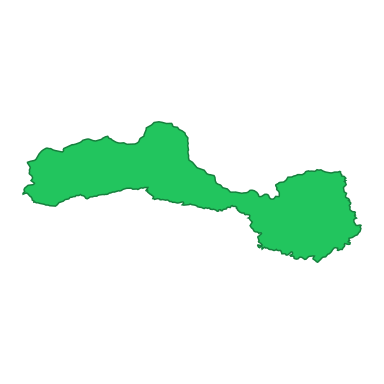 Capitão Poço, Pará, Brazil (Equal Earth projection), rotated 90°
{"feature_id": "56859067B50516914991267", "entity_name": "Capitão Poço", "entity_type": "district", "adm_level": 2, "iso_a3": "BRA", "parent_name": "Brazil", "parent_adm1": "Pará", "projection": "equal_earth", "projection_center": [-47.202, -2.066], "detail": "fine", "context": "isolated", "style": "filled", "palette": "green", "viewbox_px": 384, "rotation_deg": 90, "n_neighbors": 0, "source": "geoboundaries", "source_scale": "gbopen_adm2", "svg_char_len": 6010}
<svg xmlns="http://www.w3.org/2000/svg" viewBox="0 0 384 384"><g transform="rotate(90 192 192)"><path d="M140.3,301.2L141.6,302.5L142.6,304.2L144.1,308.3L144.7,310.7L144.7,311.9L148.5,320.2L149.7,320.7L150.5,320.4L151.3,320.7L152.0,321.7L150.6,328.6L150.0,330.8L148.6,333.3L148.6,334.7L148.1,337.0L148.3,338.0L149.9,340.8L151.2,342.5L153.8,344.8L159.2,347.9L160.4,349.4L161.3,353.6L162.3,356.5L162.9,356.5L166.6,354.1L167.9,353.7L169.9,354.6L171.9,354.4L173.1,354.8L174.0,354.5L175.9,352.2L177.3,351.5L178.8,351.6L180.6,353.0L183.2,349.5L184.2,350.2L184.7,351.1L185.3,355.9L188.2,359.4L189.9,360.0L191.5,359.3L193.3,361.0L194.2,360.9L193.3,358.7L193.1,357.2L194.0,355.9L196.1,354.2L196.8,352.9L197.6,352.7L198.3,351.9L200.0,351.8L201.0,350.1L202.2,350.1L202.0,349.1L202.8,347.7L202.8,345.8L203.3,344.7L204.3,339.6L205.0,338.4L205.1,335.7L205.7,334.4L206.1,328.5L204.8,326.8L202.6,325.0L201.2,320.8L199.6,318.9L198.9,315.2L197.4,314.0L197.2,312.1L196.6,310.5L196.6,308.9L195.5,307.9L195.5,305.2L194.5,303.4L195.4,302.5L195.8,300.4L197.0,299.0L198.2,298.3L198.8,296.9L198.1,295.4L197.2,294.3L196.8,293.1L196.9,291.8L196.2,289.7L196.2,287.1L195.5,286.4L195.0,285.1L194.5,281.2L194.6,279.4L194.3,278.4L194.4,277.2L194.0,276.0L192.9,274.4L193.0,273.4L192.0,271.2L192.1,269.7L190.7,265.2L191.0,264.3L190.6,262.9L189.3,260.8L188.3,257.4L188.2,253.4L188.5,252.2L189.2,251.3L189.0,247.1L189.5,246.1L188.1,243.6L187.8,242.4L188.1,241.6L188.0,240.5L187.5,239.5L187.5,236.1L189.0,236.8L190.1,236.5L189.7,237.5L190.6,238.0L191.3,236.7L192.0,236.4L194.2,233.8L194.5,232.9L195.1,232.6L195.5,231.7L196.8,230.4L198.6,231.2L198.8,230.0L199.4,229.5L198.6,226.6L199.0,224.3L199.7,224.0L199.8,223.0L199.5,221.3L200.2,218.2L199.9,217.0L200.1,216.1L201.6,214.2L201.5,212.6L202.3,211.6L202.3,209.2L203.0,206.8L202.9,205.3L201.9,201.7L202.2,200.7L203.1,200.3L204.8,201.8L205.1,200.2L205.0,198.9L204.6,194.9L204.0,193.8L204.7,192.1L205.1,189.3L205.9,187.1L206.7,186.6L207.3,184.0L207.3,182.8L208.4,180.5L208.5,179.5L207.7,178.5L208.4,176.2L207.9,175.1L208.4,174.1L209.2,173.8L209.5,171.6L209.2,170.7L209.9,168.4L210.9,167.3L211.3,166.2L210.9,165.3L210.2,165.4L209.7,164.5L209.7,163.4L210.6,163.1L210.8,161.9L209.4,160.7L208.9,157.6L207.8,157.1L207.2,156.1L207.5,153.7L205.9,152.7L205.6,151.6L206.4,151.0L206.4,148.4L207.3,147.3L208.0,147.7L209.2,146.6L209.9,146.5L212.0,144.3L213.0,142.2L213.1,139.9L214.3,139.4L214.7,138.6L214.5,137.4L214.8,135.1L215.5,134.2L217.3,134.4L218.0,135.7L218.3,134.8L219.8,133.9L222.1,131.8L225.7,133.9L227.9,132.5L228.7,131.3L231.3,129.8L231.9,128.4L232.0,126.8L232.6,125.7L233.4,125.2L232.9,124.4L232.8,122.9L233.5,122.5L234.3,123.1L234.9,124.0L235.9,124.7L236.4,125.9L237.1,126.2L240.8,124.9L241.3,125.5L242.2,125.2L243.4,123.0L245.0,121.8L245.5,123.3L244.9,126.0L245.6,126.3L247.2,125.4L247.7,124.3L246.2,122.9L246.7,122.2L247.6,121.8L248.3,122.1L249.1,121.9L247.7,120.3L247.2,119.4L248.0,118.6L247.9,117.3L248.3,116.1L249.1,115.3L249.5,114.2L249.6,112.2L250.5,110.1L250.3,109.0L249.4,107.7L250.2,107.1L250.6,105.5L250.4,103.8L251.3,102.9L253.8,102.1L253.7,99.5L254.0,98.4L254.9,98.0L255.1,97.2L254.8,96.1L253.3,94.2L251.8,92.7L252.1,91.8L252.9,91.4L253.9,91.5L255.4,93.8L256.2,93.2L256.1,91.2L256.5,90.2L258.3,89.9L258.8,88.9L259.1,87.3L258.8,85.9L257.3,84.5L257.1,83.2L257.5,81.9L259.4,79.3L259.2,78.0L256.5,75.3L255.9,70.7L256.1,69.6L258.1,70.9L258.9,71.0L260.7,68.4L261.6,67.7L262.2,66.5L261.5,65.3L260.8,65.0L259.5,63.3L258.6,62.8L257.2,61.1L256.8,58.3L254.3,56.3L253.6,54.5L251.7,52.6L249.8,51.5L247.8,49.6L247.7,48.4L248.2,46.3L250.3,46.5L250.4,45.4L249.7,44.4L249.4,43.2L249.5,41.8L247.8,40.9L246.4,39.6L245.5,39.3L244.5,39.7L243.6,39.3L244.2,36.7L244.4,35.3L244.2,34.2L242.8,33.8L241.8,35.9L241.0,35.4L240.6,34.4L239.9,34.9L238.3,35.0L237.4,31.5L235.6,28.8L234.8,26.6L232.3,25.0L231.9,24.3L231.0,23.8L228.4,23.1L227.0,23.9L225.4,23.0L225.0,23.9L225.5,26.5L225.4,27.9L222.1,30.0L219.7,30.2L218.9,29.4L218.1,27.5L216.5,29.1L215.5,29.4L215.1,28.6L214.0,29.2L212.3,28.7L211.8,29.4L211.7,31.1L211.3,32.2L210.1,33.7L209.2,34.2L206.8,33.9L205.8,34.7L204.7,34.4L204.2,33.6L203.4,33.3L202.6,33.4L201.9,34.4L201.0,34.3L200.6,35.4L199.9,34.7L198.9,35.3L198.2,36.3L197.9,37.4L197.1,38.4L195.7,38.4L193.3,37.5L191.9,39.8L188.1,40.5L187.3,40.4L184.7,37.8L182.2,38.7L181.5,39.6L180.5,38.2L180.1,39.1L179.0,39.3L178.2,38.2L176.5,39.8L175.9,42.4L174.5,42.4L173.8,43.2L172.9,43.5L171.9,43.4L171.4,44.2L172.1,46.0L172.1,49.4L172.9,52.2L172.9,53.5L172.0,58.5L170.9,61.3L169.9,62.9L169.9,64.0L170.2,64.8L169.7,67.0L171.0,68.5L171.3,69.4L171.1,72.4L171.2,74.6L170.9,75.5L171.4,77.7L171.9,78.5L173.3,79.4L174.7,81.8L174.6,86.3L175.6,88.2L176.1,90.4L177.0,92.1L177.2,96.1L179.8,97.6L181.7,99.8L182.1,100.7L182.4,104.1L182.7,105.0L183.4,105.5L184.7,108.1L185.6,108.3L188.0,107.0L189.0,107.4L189.9,107.0L191.2,105.5L192.7,104.7L196.0,104.7L196.6,105.0L196.4,108.3L198.6,110.0L199.1,111.0L199.1,111.9L199.0,113.0L198.4,113.8L197.7,114.5L195.4,115.5L194.7,116.2L194.3,117.2L194.3,119.2L196.4,122.4L196.7,124.3L196.1,125.3L194.6,125.6L192.4,127.2L190.7,129.8L190.2,131.9L190.3,133.9L192.1,135.9L192.8,137.8L192.9,140.1L193.3,142.2L192.1,148.3L192.2,153.5L188.9,156.7L187.7,161.4L185.5,163.0L184.9,163.8L184.2,166.0L183.1,167.7L180.8,168.7L177.3,169.1L175.6,170.0L174.7,173.8L174.6,175.1L173.7,177.2L170.2,179.8L168.0,186.3L167.5,187.2L162.3,191.5L160.2,194.9L157.9,195.5L155.4,195.4L153.3,196.0L151.1,196.1L150.0,195.5L145.5,196.3L143.4,195.8L141.1,196.4L137.9,196.1L135.0,198.5L132.9,199.1L130.9,201.8L129.5,204.9L127.3,206.5L126.8,210.2L125.8,211.5L124.6,211.6L123.4,212.4L123.5,217.7L122.4,221.7L121.8,225.1L122.5,229.9L125.0,232.4L127.9,237.7L129.8,237.9L134.7,239.9L136.1,240.0L138.2,243.5L139.0,244.2L141.7,245.2L142.9,246.6L144.0,248.9L144.3,257.1L142.8,260.2L143.1,263.5L143.0,265.3L142.2,268.0L140.0,271.9L139.0,272.8L138.3,275.0L136.3,276.3L136.8,278.5L138.4,281.6L139.3,282.3L141.0,288.4L140.6,291.0L139.3,294.4L139.0,295.9L139.3,297.8L140.3,301.2Z" fill="#22c55e" stroke="#15803d" stroke-width="1.5"/></g></svg>